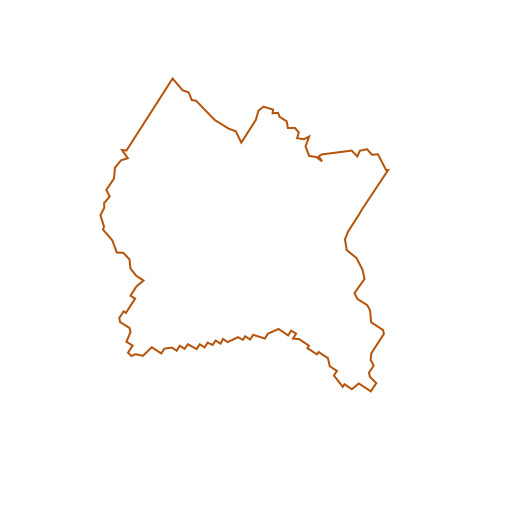 outline of Butte, California, United States of America, rotated 123°
{"feature_id": "52423323B88547646561946", "entity_name": "Butte", "entity_type": "district", "adm_level": 2, "iso_a3": "USA", "parent_name": "United States of America", "parent_adm1": "California", "projection": "orthographic", "projection_center": [-121.549, 39.724], "detail": "fine", "context": "isolated", "style": "outline", "palette": "amber", "viewbox_px": 512, "rotation_deg": 123, "n_neighbors": 0, "source": "geoboundaries", "source_scale": "gbopen_adm2", "svg_char_len": 1805}
<svg xmlns="http://www.w3.org/2000/svg" viewBox="0 0 512 512"><g transform="rotate(123 256 256)"><path d="M111.2,226.2L117.3,225.3L115.5,233.2L135.1,256.3L138.3,257.6L140.6,252.1L140.2,259.2L143.1,265.9L137.0,274.2L126.9,276.5L132.0,279.4L134.8,285.7L129.1,287.4L127.4,293.1L131.3,299.0L126.3,303.6L126.5,311.9L123.9,315.5L127.3,319.8L123.9,321.4L126.7,331.1L132.8,333.1L141.7,330.3L168.9,330.1L162.4,340.9L164.1,348.4L164.4,364.8L158.4,390.9L160.2,394.8L155.5,401.6L157.0,407.9L152.6,422.6L238.1,422.1L240.1,426.1L243.8,416.8L249.2,421.3L258.7,422.4L268.4,417.3L282.2,417.5L285.8,411.1L294.4,412.2L298.2,409.5L306.6,408.6L314.2,399.4L317.2,398.7L321.1,385.1L328.9,374.6L325.6,369.1L327.7,360.3L334.9,354.4L337.8,345.7L337.8,337.0L346.4,339.7L357.7,339.6L357.6,334.2L374.6,334.1L374.5,336.9L382.5,336.9L385.4,334.1L385.3,322.7L388.0,319.9L398.5,317.9L398.3,310.7L406.8,310.7L407.7,305.9L403.9,303.5L401.3,296.5L389.3,293.7L389.3,282.3L383.6,282.4L378.6,276.7L378.6,270.9L372.8,271.1L372.7,265.3L367.1,265.1L366.4,255.1L360.7,255.1L360.6,249.3L355.0,249.4L354.2,243.9L348.9,243.8L348.8,238.0L343.5,238.5L343.7,232.9L333.9,226.9L333.4,221.3L329.2,221.3L329.2,215.4L323.6,215.4L320.4,203.6L314.6,203.7L304.9,197.3L305.1,185.8L299.4,185.8L299.3,180.1L305.1,180.0L302.2,174.3L302.4,162.7L305.3,162.7L305.3,151.3L302.4,151.2L302.5,140.0L308.3,134.1L308.3,125.5L313.8,125.6L318.5,112.0L315.4,112.0L315.5,103.1L306.9,100.3L307.0,86.0L297.1,85.9L295.3,94.7L292.3,97.7L283.8,97.6L280.7,103.3L274.8,106.3L251.7,106.3L248.9,109.1L248.9,123.3L239.6,130.6L236.6,136.0L236.8,147.5L233.5,153.2L216.1,152.5L209.4,159.3L203.0,170.6L201.6,183.2L193.5,190.5L185.3,192.1L164.1,192.2L160.8,192.5L111.9,192.0L113.1,193.6L104.3,209.2L108.0,213.9L105.9,221.0L111.2,226.2Z" fill="none" stroke="#b45309" stroke-width="2"/></g></svg>